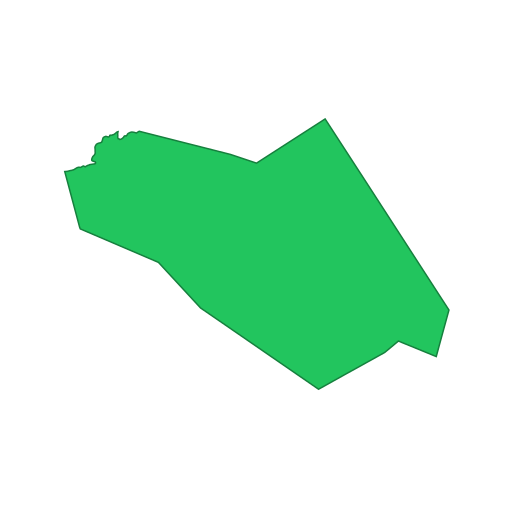 outline of Bicurga, Centro Sur, Equatorial Guinea, rotated 237°
{"feature_id": "11065452B87560810385120", "entity_name": "Bicurga", "entity_type": "district", "adm_level": 2, "iso_a3": "GNQ", "parent_name": "Equatorial Guinea", "parent_adm1": "Centro Sur", "projection": "albers", "projection_center": [10.52, 1.549], "detail": "fine", "context": "isolated", "style": "filled", "palette": "green", "viewbox_px": 512, "rotation_deg": 237, "n_neighbors": 0, "source": "geoboundaries", "source_scale": "gbopen_adm2", "svg_char_len": 1476}
<svg xmlns="http://www.w3.org/2000/svg" viewBox="0 0 512 512"><g transform="rotate(237 256 256)"><path d="M431.0,141.6L376.0,123.7L374.4,123.4L303.8,170.7L242.6,181.2L200.1,198.8L110.2,235.9L108.2,265.7L106.5,289.8L105.0,311.4L107.1,329.1L73.5,352.4L82.1,362.0L91.2,372.2L105.6,388.4L125.0,388.4L261.4,388.6L333.3,388.6L333.6,307.0L355.1,289.9L424.2,226.0L424.3,224.8L424.3,222.6L425.7,221.5L426.4,220.8L427.6,219.4L428.2,217.8L428.2,216.7L428.4,216.2L428.4,215.5L428.2,214.6L427.7,213.8L427.4,212.5L427.8,212.1L428.3,211.1L428.2,210.5L427.7,209.6L427.4,207.6L427.5,206.4L427.9,205.2L428.7,205.0L429.4,204.3L430.4,204.5L431.2,204.9L432.4,205.8L433.4,206.3L434.5,207.1L435.4,208.0L435.7,207.1L435.5,205.4L435.4,204.6L435.3,203.1L435.7,201.7L435.8,200.9L436.5,200.0L436.8,199.0L436.4,198.8L436.1,198.2L436.1,197.3L436.4,196.8L438.1,195.3L438.5,193.6L438.5,192.4L437.6,191.1L436.7,190.2L435.5,188.5L435.7,187.2L436.4,185.3L436.6,184.1L436.6,182.9L435.6,180.9L434.7,180.0L432.8,179.0L431.9,178.4L430.6,177.6L429.8,177.2L429.2,176.3L428.6,175.1L428.5,174.4L428.3,173.4L427.5,172.0L426.6,170.9L425.8,170.4L424.9,170.5L422.4,172.5L421.4,172.2L421.0,171.2L423.2,166.3L423.2,165.7L423.6,164.4L423.8,162.7L423.8,161.4L424.3,161.0L425.1,160.6L425.5,160.3L425.7,159.3L425.7,158.3L425.8,157.3L426.2,156.6L426.9,155.9L427.5,154.2L427.6,151.8L427.6,150.2L427.9,149.2L428.3,147.8L428.8,146.8L429.3,145.2L429.8,143.8L431.0,141.6Z" fill="#22c55e" stroke="#15803d" stroke-width="1.5"/></g></svg>